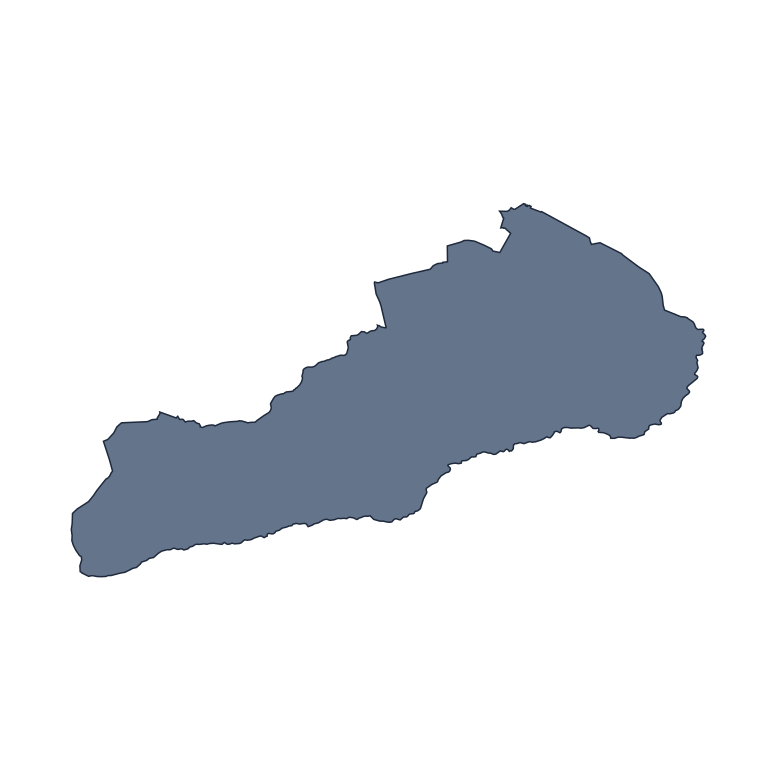 the district of Zumpahuacán, México, Mexico, rotated 265°
{"feature_id": "50627088B21458033761284", "entity_name": "Zumpahuacán", "entity_type": "district", "adm_level": 2, "iso_a3": "MEX", "parent_name": "Mexico", "parent_adm1": "México", "projection": "equal_earth", "projection_center": [-99.568, 18.809], "detail": "fine", "context": "isolated", "style": "filled", "palette": "slate", "viewbox_px": 768, "rotation_deg": 265, "n_neighbors": 0, "source": "geoboundaries", "source_scale": "gbopen_adm2", "svg_char_len": 6143}
<svg xmlns="http://www.w3.org/2000/svg" viewBox="0 0 768 768"><g transform="rotate(265 384 384)"><path d="M247.4,371.4L246.3,374.8L245.7,377.8L246.0,379.8L248.3,382.4L248.7,383.8L248.7,384.6L248.2,385.4L247.2,388.3L249.8,391.9L249.6,394.5L250.0,395.8L251.8,397.6L252.2,398.4L252.3,402.1L252.8,402.9L254.3,403.7L254.7,406.5L256.2,408.9L257.1,409.6L266.2,413.3L272.1,417.2L275.4,416.8L276.4,417.1L279.8,423.0L281.5,428.1L282.2,429.0L283.9,429.6L287.4,432.7L290.1,437.8L290.6,440.4L291.3,441.7L293.2,442.7L294.6,442.6L297.0,440.5L297.9,440.9L298.7,443.6L299.0,447.7L298.1,451.6L298.5,454.1L300.2,454.5L300.7,455.1L300.6,459.4L301.5,461.7L303.8,464.9L303.5,466.8L303.6,469.1L306.0,470.3L306.7,474.1L307.7,476.7L307.4,478.9L306.2,481.7L305.7,484.4L304.3,487.0L304.4,489.3L307.2,494.0L306.2,496.7L306.6,498.0L307.8,499.2L308.4,500.3L307.8,501.7L306.0,502.9L306.4,503.4L306.2,505.2L308.1,507.1L311.8,507.7L313.1,509.2L313.0,511.0L313.8,514.5L312.4,518.2L313.9,523.9L313.1,526.7L313.2,529.9L314.5,535.7L315.8,539.0L317.2,541.3L316.0,544.0L316.1,545.1L318.0,547.2L320.6,549.3L321.4,549.5L321.9,551.6L321.6,552.7L320.2,554.7L320.2,555.3L321.2,556.2L323.6,556.9L324.6,558.5L324.9,560.4L324.6,563.5L323.8,566.1L323.4,573.2L322.8,577.0L323.1,579.6L325.0,584.6L324.9,585.2L324.6,585.9L321.5,588.4L321.1,591.5L321.4,592.9L321.0,593.8L319.8,594.2L318.0,593.2L317.1,593.7L316.3,598.7L314.5,602.2L313.2,604.3L312.2,604.9L310.1,605.2L309.8,609.0L310.6,612.5L310.4,615.4L308.5,624.6L308.7,625.6L308.2,628.1L308.7,630.9L309.8,633.4L310.7,637.8L311.1,638.7L313.8,639.7L316.1,643.8L318.7,644.1L319.6,645.2L320.1,646.7L320.5,650.4L319.5,654.1L319.6,655.9L319.9,656.7L320.8,656.9L322.7,655.9L323.9,655.8L326.6,657.9L329.8,663.8L329.4,666.2L329.9,669.8L330.8,671.3L332.2,672.2L332.3,673.3L333.3,675.3L336.0,677.7L340.7,678.8L343.7,680.6L345.8,683.1L347.8,686.4L349.0,687.5L350.1,687.7L353.3,685.3L354.7,685.8L356.1,687.4L362.2,696.4L363.7,697.2L364.6,696.8L366.5,694.3L367.7,694.6L369.7,696.6L372.7,698.3L378.2,697.6L380.1,698.5L383.0,697.3L384.1,697.2L385.4,698.1L385.1,700.3L385.9,703.1L386.6,704.0L388.6,704.2L390.1,703.6L391.1,704.2L392.2,703.6L396.7,706.3L397.9,706.0L398.8,704.6L399.9,705.2L401.2,707.1L403.6,708.6L405.0,708.0L407.5,705.9L408.6,706.4L408.9,707.1L410.0,707.3L410.8,706.5L411.0,701.4L412.1,700.0L414.0,699.1L416.8,698.4L419.1,697.1L422.6,692.6L423.6,691.8L424.6,689.4L425.2,685.5L433.2,669.9L438.2,669.0L447.1,668.8L450.8,668.1L457.0,665.8L470.8,657.8L478.3,648.1L491.5,633.3L493.2,632.0L505.9,611.5L505.0,602.8L508.4,601.8L511.6,601.4L513.6,598.8L541.1,557.4L542.0,556.0L541.6,555.4L546.5,545.2L548.1,546.0L549.3,544.1L549.0,543.8L549.0,542.3L548.5,542.2L548.8,541.3L549.8,541.8L549.8,540.4L550.8,540.5L551.5,538.8L546.6,529.6L546.8,528.5L548.5,526.0L546.9,524.6L545.7,523.1L545.3,521.2L546.1,514.2L543.2,515.9L539.4,517.0L538.7,517.7L529.3,513.9L529.3,516.3L528.8,516.7L528.7,518.2L526.6,519.9L523.1,523.3L504.9,510.8L507.0,503.9L508.6,503.3L509.4,502.6L513.4,496.1L518.4,486.7L519.8,480.5L520.0,476.3L518.8,473.3L516.0,459.1L500.2,457.9L500.1,453.2L499.4,453.1L499.3,447.8L497.6,443.4L494.3,440.0L491.8,421.8L488.0,398.0L485.3,387.0L486.4,383.5L485.5,383.2L474.4,384.0L466.1,386.9L462.3,387.8L440.1,391.0L439.8,390.8L440.9,386.4L442.7,384.0L442.6,383.4L443.1,382.6L441.9,382.8L439.6,381.6L438.1,379.3L438.1,376.3L437.6,374.5L436.1,371.9L436.3,370.8L437.7,368.9L438.2,366.1L435.5,362.7L434.9,360.9L434.9,355.6L433.3,354.5L431.2,354.4L430.4,352.1L429.1,351.0L423.3,351.6L417.6,349.5L416.3,347.9L416.0,346.6L416.5,343.1L415.6,339.6L415.6,338.7L414.7,336.6L414.2,334.0L413.7,333.4L412.9,330.9L412.9,329.5L411.8,326.2L411.8,324.2L410.8,320.6L408.3,317.4L407.5,315.9L407.1,313.7L407.5,309.6L407.0,307.5L405.9,305.5L404.6,304.5L403.1,304.5L398.8,302.9L397.6,303.4L395.4,302.9L393.3,302.0L390.4,299.9L387.9,296.9L387.4,295.7L386.3,294.8L386.0,293.6L384.9,292.7L384.7,292.1L384.6,286.0L383.9,284.3L383.1,283.3L383.1,281.3L382.2,276.9L381.2,274.4L379.2,272.6L374.6,269.4L373.3,269.2L370.6,269.7L368.5,269.1L366.4,267.8L365.5,266.6L363.0,261.6L358.9,254.6L357.2,252.4L357.4,247.2L357.2,245.0L359.5,239.3L360.0,236.1L359.6,235.2L359.8,227.4L359.5,221.2L359.1,218.4L357.0,212.0L357.9,210.7L358.2,208.4L358.1,205.5L357.7,203.0L356.5,199.4L357.3,197.2L358.3,197.4L360.5,196.4L361.5,193.8L364.1,191.3L363.7,188.5L364.1,185.6L363.5,182.7L366.1,180.9L366.5,179.8L366.5,177.3L369.8,175.7L368.3,174.0L375.6,158.2L374.2,158.3L370.0,155.2L368.7,155.0L368.7,149.8L367.1,145.0L368.2,119.6L367.9,118.6L364.5,114.1L358.9,110.6L353.4,104.7L352.8,103.9L351.4,99.5L332.5,103.9L320.8,106.0L319.3,104.5L316.2,102.7L314.1,100.4L313.6,98.8L303.0,88.7L298.1,84.8L292.5,79.3L286.4,67.7L282.2,62.4L272.1,61.2L266.3,59.8L260.3,60.1L255.1,59.4L250.3,60.5L245.1,62.6L239.5,65.8L238.5,67.4L235.1,67.5L229.4,65.2L223.5,65.0L222.5,66.5L222.1,66.5L218.1,73.1L218.5,75.4L218.4,77.2L217.2,81.5L216.7,85.6L216.5,90.3L217.2,92.0L217.0,95.5L218.6,104.8L219.0,109.6L222.3,117.8L222.8,121.4L226.0,125.7L227.8,127.1L228.9,132.1L230.8,135.1L231.2,139.3L235.0,144.4L236.9,148.0L237.8,153.4L237.5,156.5L238.7,159.9L238.4,161.6L237.6,162.9L237.1,164.9L237.5,166.9L237.2,168.5L236.1,170.2L236.2,170.8L236.8,174.2L238.6,176.5L239.0,179.3L240.5,181.9L240.7,183.2L240.3,186.5L240.5,190.9L239.8,193.6L240.3,196.4L240.2,200.3L238.5,207.8L238.5,208.9L240.1,211.0L238.2,213.5L237.9,214.8L238.0,216.4L238.7,218.8L237.8,221.1L237.7,226.0L238.2,227.8L240.9,231.5L240.3,234.0L240.4,237.1L240.7,238.6L241.8,241.1L243.3,247.1L243.1,248.8L241.5,251.0L241.5,251.7L242.3,252.9L242.6,254.3L244.3,254.6L245.0,255.3L245.2,256.2L244.4,259.5L244.5,260.7L245.1,262.0L246.8,263.6L247.4,266.9L249.3,270.1L250.0,274.6L250.8,277.0L250.9,279.8L252.1,281.0L252.5,281.8L252.4,282.6L252.8,284.4L251.8,287.5L252.1,292.6L251.2,294.5L248.5,296.0L249.6,300.2L250.7,302.1L251.4,306.6L253.8,311.7L254.3,314.0L254.1,315.6L253.0,318.0L252.9,318.8L253.1,322.6L254.1,326.3L253.7,329.1L253.7,332.4L253.1,335.2L254.1,337.0L254.2,338.3L253.3,342.0L251.4,345.0L251.6,346.0L252.6,347.3L252.9,349.3L253.8,352.0L254.0,354.4L253.6,356.4L254.0,358.6L250.0,362.0L247.8,367.8L247.4,371.4Z" fill="#64748b" stroke="#1e293b" stroke-width="1.5"/></g></svg>